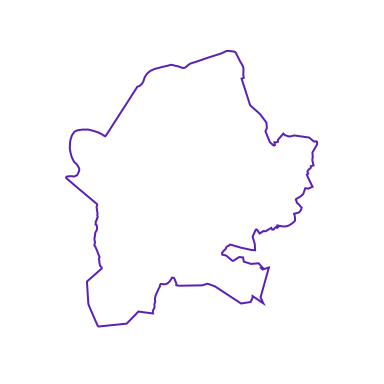 the district of Kota Jambi, Jambi, Indonesia, rotated 341°
{"feature_id": "22746128B99667418524197", "entity_name": "Kota Jambi", "entity_type": "district", "adm_level": 2, "iso_a3": "IDN", "parent_name": "Indonesia", "parent_adm1": "Jambi", "projection": "mercator", "projection_center": [103.597, -1.621], "detail": "fine", "context": "isolated", "style": "outline", "palette": "violet", "viewbox_px": 384, "rotation_deg": 341, "n_neighbors": 0, "source": "geoboundaries", "source_scale": "gbopen_adm2", "svg_char_len": 5786}
<svg xmlns="http://www.w3.org/2000/svg" viewBox="0 0 384 384"><g transform="rotate(341 192 192)"><path d="M211.3,64.8L206.1,64.2L205.6,64.2L201.0,63.8L198.5,63.6L197.1,63.5L195.5,63.6L193.9,63.7L193.0,63.8L191.8,64.0L190.3,64.6L189.0,65.1L187.9,65.6L186.7,66.4L185.9,67.1L185.2,67.6L184.5,68.2L183.7,69.3L182.8,70.6L182.2,71.3L181.0,72.5L180.3,73.1L179.5,73.6L178.5,74.0L177.6,74.4L176.6,74.7L174.9,74.6L174.5,74.7L174.3,74.9L160.8,85.6L147.7,95.9L142.8,99.8L141.8,100.5L130.5,109.5L129.6,110.1L128.4,111.0L128.2,111.1L127.7,110.7L127.4,110.4L127.2,110.1L126.7,109.6L126.3,108.9L125.8,108.3L125.0,107.5L123.7,106.2L122.7,105.1L122.4,104.9L121.3,104.0L120.0,103.1L119.0,102.3L117.6,101.4L116.6,100.7L115.8,100.2L114.6,99.4L113.7,99.0L112.8,98.7L108.6,97.3L104.3,96.5L103.3,96.4L102.5,96.5L101.7,96.6L101.0,96.6L100.4,96.8L99.8,97.2L98.7,98.0L97.1,99.2L96.5,99.9L96.0,100.5L95.6,101.1L95.2,101.8L94.6,102.5L93.9,103.4L93.3,104.5L92.7,105.8L92.2,107.0L91.7,108.4L91.2,109.3L91.0,110.3L90.6,111.1L90.4,112.2L89.9,115.6L89.8,116.8L89.7,118.6L89.7,119.7L89.7,120.6L89.9,122.0L90.1,123.8L90.4,125.3L91.9,127.9L92.6,130.2L93.0,132.9L92.4,134.9L91.6,136.0L90.2,137.4L88.8,138.7L87.4,138.8L85.5,139.0L83.7,138.0L81.3,137.2L79.6,136.8L78.8,136.7L78.2,136.8L77.7,137.2L77.6,137.6L77.7,138.1L86.8,153.5L89.8,158.4L91.4,161.1L98.2,172.4L98.3,172.7L98.1,173.2L97.7,174.0L96.9,175.1L96.4,177.6L95.8,180.7L95.8,181.3L95.5,182.0L95.2,182.5L94.9,183.1L94.8,183.8L94.7,184.2L94.7,184.5L94.7,185.1L94.1,185.7L93.3,186.2L93.3,186.9L92.4,187.8L91.4,188.4L91.2,189.4L90.2,191.3L91.0,192.0L91.0,192.8L90.9,193.4L90.7,194.4L90.4,195.4L89.9,196.4L89.3,197.4L88.3,198.0L87.5,198.9L86.9,199.8L86.3,201.0L85.9,202.1L85.2,203.1L84.5,204.5L84.4,204.9L84.3,205.4L84.1,206.0L84.1,206.5L84.0,207.2L84.0,207.6L84.0,207.8L83.9,208.1L83.3,209.0L82.6,210.0L82.4,210.3L82.4,210.7L82.5,211.0L82.6,211.4L82.7,211.8L82.9,213.4L82.9,214.0L83.1,216.3L83.2,218.3L83.2,220.7L83.3,221.6L83.4,222.6L83.4,223.0L83.4,223.3L83.2,223.7L82.9,224.1L82.4,224.6L82.2,224.9L82.1,225.4L82.0,225.9L82.0,227.1L81.7,227.7L81.5,228.2L81.4,228.8L81.3,229.4L81.4,229.9L81.3,230.3L81.2,230.9L81.1,231.3L81.1,231.7L81.2,232.1L81.5,232.7L81.7,233.2L81.9,233.8L81.9,234.2L81.9,234.6L81.8,234.8L81.6,235.0L81.2,235.2L64.8,241.9L64.0,242.2L63.6,242.5L63.3,243.2L60.1,254.8L57.7,263.5L57.5,264.5L57.6,265.1L57.7,268.3L59.0,284.8L59.2,286.4L59.2,287.1L59.3,287.6L59.4,288.0L59.5,288.3L59.7,288.6L60.0,288.8L87.4,295.2L102.4,287.6L115.5,294.1L115.5,293.8L115.7,293.3L116.0,292.6L116.3,291.9L116.6,291.4L116.9,290.9L117.1,290.7L117.5,290.4L118.0,290.0L118.3,289.8L118.6,289.4L118.8,289.1L118.9,288.8L119.1,288.5L119.3,288.1L119.5,287.5L119.6,286.9L119.8,286.2L120.1,285.6L120.4,285.1L120.8,284.6L121.1,284.3L121.3,284.1L121.5,283.8L121.5,283.5L121.7,282.9L122.1,281.2L122.3,280.7L122.5,280.3L123.2,279.2L123.5,278.7L123.8,278.2L124.8,277.0L125.3,276.5L125.8,276.0L126.2,275.5L126.9,274.9L127.5,274.2L128.1,273.6L128.5,273.1L129.0,272.4L129.4,272.2L130.1,271.7L130.6,271.2L130.8,270.9L131.0,270.6L131.1,270.2L131.4,269.6L131.7,269.3L131.9,269.2L132.1,269.1L132.4,268.8L132.8,269.0L133.6,269.3L134.6,269.7L135.4,270.1L136.9,270.5L139.1,270.4L141.5,269.4L142.0,269.0L142.6,268.7L143.8,267.7L145.3,266.4L147.1,267.6L147.4,273.3L146.8,275.0L149.2,276.4L170.4,283.3L171.5,283.6L173.7,283.7L175.5,283.7L176.4,283.7L176.9,283.8L182.9,288.6L202.1,313.4L211.6,315.1L214.9,311.7L215.4,310.1L223.2,320.5L222.5,314.0L240.1,288.4L234.8,288.3L233.6,288.3L232.5,286.3L234.0,286.3L231.8,281.1L224.4,279.2L218.3,274.7L219.0,270.5L215.9,269.1L215.4,268.9L215.0,269.0L214.3,269.1L208.8,270.5L208.4,270.4L208.0,270.3L207.8,270.1L207.5,269.7L203.9,263.7L203.1,262.8L200.2,261.1L200.4,260.4L200.5,259.4L202.9,257.9L205.4,256.7L205.9,256.2L206.2,255.6L206.8,255.1L207.6,254.9L208.2,254.8L209.5,254.7L210.6,254.1L211.6,254.5L219.9,260.4L220.4,260.8L220.5,260.8L229.6,266.3L232.7,267.6L234.4,261.7L234.8,253.9L240.0,248.4L240.4,248.4L240.9,248.5L241.2,248.8L242.4,253.2L246.9,252.2L248.0,252.7L249.0,253.1L255.3,251.7L255.6,253.7L257.0,254.1L258.5,253.0L260.5,252.3L260.8,253.6L262.6,252.9L262.4,251.7L266.2,253.9L268.1,254.7L270.1,255.1L272.5,255.2L274.8,254.7L276.8,254.2L279.9,252.8L280.6,251.2L281.1,249.3L281.4,247.6L281.4,245.8L286.4,246.2L288.7,244.9L289.7,243.7L290.6,242.4L289.9,241.0L289.0,238.5L287.6,236.3L287.9,234.6L287.6,233.4L287.9,232.6L293.2,231.5L296.4,230.2L300.4,225.3L302.9,226.6L307.7,226.3L306.6,217.8L306.2,213.1L307.8,212.5L307.7,210.5L308.8,209.3L309.8,208.7L312.1,207.9L312.9,206.3L315.6,206.4L316.1,201.0L317.5,198.3L318.7,194.0L318.9,193.7L325.9,187.6L326.5,185.1L326.2,184.6L325.6,184.4L323.9,184.2L320.4,178.6L318.8,177.8L307.3,171.9L302.1,171.3L298.3,168.5L297.4,166.5L290.5,170.5L289.6,172.5L287.8,172.4L286.1,171.8L285.5,175.5L285.5,175.4L283.8,173.9L283.5,173.3L282.2,170.8L281.8,170.1L281.8,169.5L281.8,169.4L281.2,158.6L282.2,157.4L283.6,155.9L285.0,150.6L281.7,140.5L278.2,134.2L275.3,129.2L275.3,128.9L275.2,128.7L275.8,100.9L278.0,101.0L278.1,100.8L278.2,100.5L278.4,99.5L278.5,98.9L278.5,98.3L278.8,97.4L279.0,96.8L279.5,95.7L280.4,93.4L280.9,91.7L281.0,90.9L281.1,89.7L280.9,89.0L280.8,88.1L280.7,87.6L280.6,87.1L280.5,86.4L280.3,85.6L280.2,85.0L280.1,84.7L278.8,75.0L278.7,74.5L278.5,74.1L278.3,73.6L277.5,73.0L276.9,72.6L272.6,70.6L271.4,70.1L270.9,70.0L270.6,69.9L269.8,70.0L269.1,70.0L268.0,70.2L267.2,70.2L266.3,70.4L264.2,70.5L259.9,70.4L251.4,70.2L243.6,70.2L240.8,70.2L236.0,70.1L234.7,70.1L232.9,70.0L232.3,70.1L231.3,70.3L230.5,70.5L229.8,70.7L228.6,71.2L226.4,72.1L225.5,72.1L224.8,72.0L224.0,71.8L223.2,71.4L222.3,70.7L221.4,70.0L221.2,69.8L221.1,69.7L220.6,69.2L219.2,68.3L218.3,67.8L217.4,67.3L216.4,66.6L215.5,65.9L214.4,65.3L213.8,65.0L212.9,64.8L212.2,64.7L211.3,64.8Z" fill="none" stroke="#5b21b6" stroke-width="2"/></g></svg>